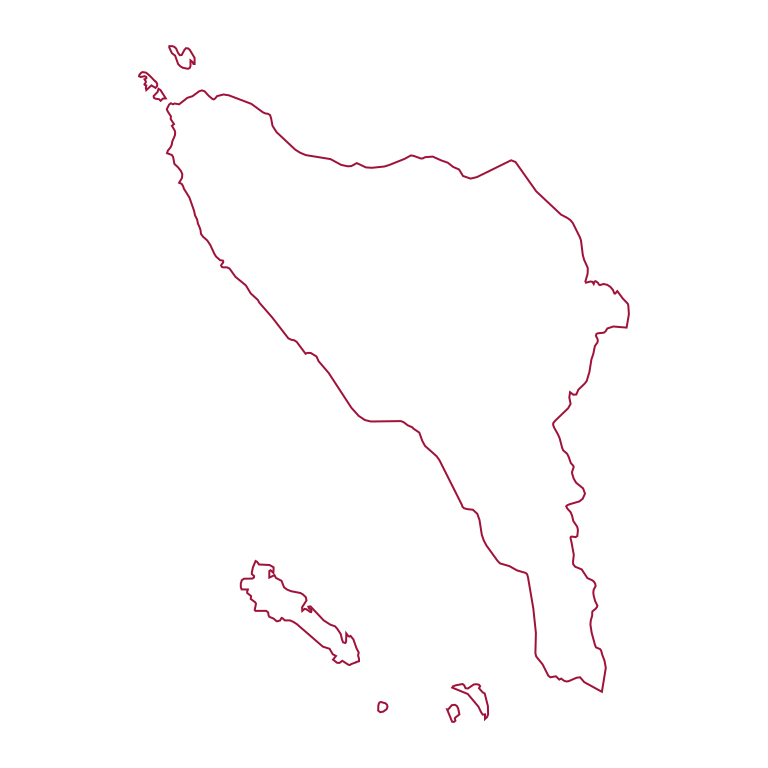 an SVG outline of Aceh
{"feature_id": "IDN-1136", "entity_name": "Aceh", "entity_type": "Autonomous Province", "adm_level": 1, "iso_a3": "IDN", "parent_name": "Indonesia", "parent_adm1": "", "projection": "natural_earth1", "projection_center": [96.646, 3.962], "detail": "fine", "context": "isolated", "style": "outline", "palette": "rose", "viewbox_px": 768, "rotation_deg": 0, "n_neighbors": 0, "source": "natural_earth", "source_scale": "10m", "svg_char_len": 6060}
<svg xmlns="http://www.w3.org/2000/svg" viewBox="0 0 768 768"><path d="M601.9,691.8L584.2,682.1L580.1,677.3L576.7,677.7L568.8,681.1L566.7,681.5L564.3,680.9L561.1,678.6L559.3,679.6L555.9,676.3L550.3,677.3L548.3,675.7L542.6,664.4L536.2,656.5L535.4,653.1L535.9,633.0L533.3,608.4L528.0,577.3L527.1,574.2L525.6,572.9L517.0,570.4L509.4,566.1L500.0,563.4L497.5,560.8L486.5,545.6L483.7,540.3L481.8,534.8L479.5,520.0L477.3,513.8L472.8,509.7L467.7,509.2L464.1,508.3L462.5,506.8L461.7,504.5L439.5,460.3L436.7,456.3L425.0,445.9L422.3,440.9L419.3,432.6L413.1,428.4L412.5,427.4L407.9,425.4L403.5,422.1L400.8,421.1L370.8,421.5L364.8,420.0L358.7,415.9L351.4,407.8L328.7,373.0L318.6,361.2L316.5,356.5L310.8,353.0L307.2,352.9L305.6,353.8L296.7,341.9L294.3,340.3L291.5,339.8L288.4,338.4L272.4,317.7L259.1,302.4L258.0,300.1L250.8,293.5L245.8,285.3L235.5,276.9L229.5,268.5L226.8,267.3L223.4,267.4L221.8,266.9L221.1,265.5L221.5,264.5L222.9,262.9L223.3,261.9L222.9,260.6L220.1,260.2L216.0,256.5L214.3,253.7L210.4,245.2L207.3,240.5L203.2,236.9L201.0,234.0L200.6,230.5L199.8,227.9L197.9,223.5L197.1,219.5L195.0,215.3L194.1,210.9L189.4,197.5L184.0,188.9L183.0,186.0L181.6,183.8L179.1,182.8L182.0,177.9L182.3,174.1L180.8,170.8L178.1,167.4L174.4,163.9L173.1,157.0L171.9,155.0L167.0,153.2L167.9,150.6L170.5,147.4L171.9,144.2L172.2,141.7L174.9,135.4L175.2,132.6L174.6,130.3L171.9,125.8L174.0,124.1L170.7,119.1L170.9,116.3L167.7,111.4L166.8,109.2L169.1,104.6L170.8,103.3L173.0,104.3L174.7,103.5L179.1,104.3L187.4,97.8L192.5,96.2L199.1,91.3L201.9,90.4L204.6,91.3L208.7,95.8L212.5,99.0L213.8,99.4L215.3,98.3L217.1,96.1L223.5,94.5L228.8,95.3L251.4,103.9L262.9,112.3L265.3,113.4L267.9,113.8L270.1,115.1L271.1,118.3L272.5,125.8L276.5,132.1L295.2,149.6L300.1,152.7L305.8,155.1L330.5,159.1L341.2,164.9L347.8,166.3L351.3,166.1L356.8,163.1L365.9,167.4L371.9,167.8L384.4,166.5L389.5,164.9L404.5,158.9L411.0,155.4L414.0,156.0L420.9,158.5L422.8,158.4L425.1,157.2L432.7,156.6L441.2,160.4L447.8,162.7L453.1,166.9L459.1,169.5L463.0,176.0L470.6,178.6L476.9,177.1L511.1,160.3L515.5,162.0L536.2,191.3L561.0,214.6L567.6,218.1L570.6,220.3L572.9,223.2L579.9,237.3L581.0,240.5L582.8,255.0L584.1,259.8L587.6,267.5L587.8,269.3L587.6,273.8L585.4,281.4L586.0,282.7L590.4,281.5L592.3,281.8L593.7,284.0L594.6,281.5L595.7,281.2L597.9,282.7L598.9,284.5L599.9,285.1L603.5,284.0L607.2,284.8L610.4,286.9L612.9,289.9L614.4,293.5L615.3,293.5L617.3,291.1L622.6,298.3L627.8,303.7L628.3,305.4L628.9,314.2L626.6,327.6L613.3,326.5L607.3,328.5L605.6,331.3L603.8,332.7L597.8,333.3L596.4,334.0L595.9,335.8L597.5,338.9L597.8,340.5L597.4,342.5L594.9,346.0L593.3,353.9L591.4,359.5L589.4,372.0L586.7,381.0L584.5,383.8L578.4,389.6L576.3,394.5L573.3,394.7L570.1,392.2L569.3,397.4L570.6,403.9L568.1,408.3L555.1,420.8L553.2,423.2L553.2,425.2L554.1,427.5L558.1,434.7L559.7,438.5L562.2,448.0L563.2,450.4L567.1,453.7L568.8,457.2L570.8,463.0L573.3,465.8L573.7,467.1L572.1,471.7L572.1,473.5L573.7,478.6L576.1,482.7L583.1,488.4L585.0,493.7L582.6,498.9L579.4,501.4L569.5,504.3L567.5,505.1L566.2,506.3L567.2,508.4L570.7,512.3L572.1,515.8L573.3,521.0L577.1,526.6L577.7,528.8L577.9,530.7L577.3,536.0L575.7,537.1L572.0,536.6L571.0,536.7L570.6,537.3L570.6,538.6L571.3,541.2L573.8,554.8L573.0,562.0L573.2,564.2L575.1,566.7L581.7,569.4L587.4,578.1L592.1,580.2L593.8,581.5L595.2,583.6L595.6,586.1L593.7,589.6L593.3,592.5L593.7,595.7L595.1,601.0L597.4,605.6L597.0,607.0L595.5,608.9L592.5,611.3L592.2,612.5L592.2,615.6L590.8,620.3L590.4,624.5L591.7,632.9L595.0,645.0L596.0,647.4L600.1,649.1L601.2,650.7L602.2,654.6L604.5,660.7L605.8,667.8L601.9,691.8ZM358.7,652.5L358.1,655.5L359.0,658.8L359.0,661.3L355.6,662.1L356.7,662.1L351.4,664.0L349.9,665.0L348.5,664.8L342.3,660.8L339.5,662.9L337.1,662.8L333.0,659.6L336.0,656.0L332.7,654.2L329.6,648.8L322.8,646.6L296.7,624.0L293.2,621.8L289.9,620.4L284.8,620.4L282.6,618.3L281.6,617.9L280.1,620.4L277.8,621.2L276.6,621.2L273.6,618.6L269.3,616.8L268.6,615.4L268.1,612.4L266.2,610.9L255.5,610.9L254.7,609.9L256.0,603.7L255.2,602.3L250.7,598.9L251.1,596.1L247.2,593.0L247.2,591.3L247.9,589.5L241.6,589.4L240.8,587.1L240.8,583.5L241.8,580.2L244.1,578.7L252.2,578.6L253.9,577.6L254.1,576.1L251.8,574.0L251.9,572.1L252.9,567.5L255.6,561.0L257.1,561.8L259.0,564.5L269.5,565.0L273.6,567.3L273.4,572.9L270.5,570.2L269.3,571.1L269.3,577.6L274.5,575.2L276.0,578.0L281.5,580.8L284.1,587.4L287.3,589.7L291.1,591.2L300.4,593.0L302.9,594.4L305.8,597.2L306.5,600.4L302.1,607.3L302.3,610.9L304.6,608.9L306.3,609.2L310.3,612.0L311.1,612.1L311.5,610.9L311.0,609.8L308.9,608.1L308.4,606.7L310.5,606.4L323.7,620.4L330.4,624.7L335.0,626.3L337.2,628.7L340.7,634.0L342.0,639.5L343.1,642.3L345.3,643.0L346.1,641.7L346.3,633.4L348.4,636.2L349.4,636.6L350.5,635.9L353.4,639.4L356.6,648.5L358.7,652.5ZM484.7,693.5L487.9,706.1L488.1,714.4L487.0,717.2L485.0,719.0L485.0,714.4L482.7,714.6L481.2,712.4L478.4,706.6L467.8,694.0L452.2,687.6L453.1,686.3L455.5,685.4L462.5,684.0L464.2,685.3L465.5,688.2L467.9,688.5L473.7,684.5L476.4,684.2L478.9,684.7L480.1,686.1L479.0,688.2L482.6,692.3L484.7,693.5ZM188.4,48.5L189.9,50.1L194.6,57.9L194.6,64.0L193.5,64.0L192.5,62.0L190.5,60.4L190.5,66.0L189.7,68.0L187.9,68.8L182.6,67.7L180.2,66.2L178.1,64.0L175.1,55.6L171.9,53.2L169.2,47.4L169.4,46.1L172.6,46.2L174.4,46.9L176.1,48.5L178.1,53.0L179.8,55.2L181.7,55.0L184.4,50.0L185.9,48.2L188.4,48.5ZM154.5,80.5L156.3,82.2L157.2,84.0L157.1,86.0L155.5,87.9L151.4,85.4L146.3,90.1L145.8,87.9L146.3,85.4L144.8,84.9L144.4,84.3L145.8,82.4L145.8,81.3L144.5,79.3L146.3,78.3L146.3,77.0L144.6,76.2L140.7,77.0L139.1,76.3L139.4,74.8L140.8,73.2L142.3,72.1L146.0,72.6L149.4,75.4L155.5,81.7L154.5,80.5ZM459.4,714.4L455.2,717.7L454.8,718.4L455.4,720.7L454.0,721.9L452.1,721.7L447.1,709.4L448.1,709.6L451.8,705.2L454.8,704.8L456.8,705.9L458.2,708.5L459.4,714.4ZM160.5,90.1L165.8,98.4L162.9,98.6L160.6,100.8L159.0,99.2L155.5,98.7L153.9,97.8L153.6,96.1L157.6,91.9L158.5,88.8L160.5,90.1ZM380.9,702.0L385.5,703.3L387.0,704.8L387.5,706.8L386.6,709.2L383.3,711.6L380.2,712.2L378.2,710.6L378.3,706.0L378.8,703.8L379.5,702.5L380.9,702.0Z" fill="none" stroke="#9f1239" stroke-width="2"/></svg>